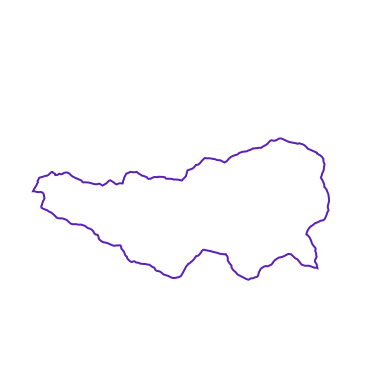 outline of Mewang, Thimphu, Bhutan, rotated 294°
{"feature_id": "84629894B72045307811039", "entity_name": "Mewang", "entity_type": "district", "adm_level": 2, "iso_a3": "BTN", "parent_name": "Bhutan", "parent_adm1": "Thimphu", "projection": "mercator", "projection_center": [89.55, 27.441], "detail": "fine", "context": "isolated", "style": "outline", "palette": "violet", "viewbox_px": 384, "rotation_deg": 294, "n_neighbors": 0, "source": "geoboundaries", "source_scale": "gbopen_adm2", "svg_char_len": 6085}
<svg xmlns="http://www.w3.org/2000/svg" viewBox="0 0 384 384"><g transform="rotate(294 192 192)"><path d="M192.3,155.1L191.8,155.0L191.0,153.1L190.4,151.5L188.9,150.0L187.6,149.1L187.0,148.0L186.2,146.9L186.8,145.1L187.1,144.8L187.1,143.3L187.0,141.6L186.6,139.7L186.9,138.4L187.0,136.9L187.5,134.5L187.9,133.2L187.6,132.8L187.0,132.1L186.3,130.7L185.5,128.0L185.2,127.3L184.0,126.5L183.1,125.6L182.2,124.6L181.5,124.4L179.7,124.4L177.4,124.2L176.1,124.6L173.9,124.6L172.7,125.0L171.7,125.2L171.3,124.4L170.7,122.5L169.3,121.0L168.2,119.9L168.4,118.4L168.9,116.6L169.2,114.7L169.5,112.7L168.5,111.6L164.9,110.1L161.5,107.7L161.9,104.5L161.7,103.5L160.6,102.3L160.2,101.5L159.5,99.6L158.7,94.1L158.1,92.3L157.3,90.1L156.5,88.8L156.7,87.6L157.5,86.4L157.5,82.0L157.4,79.7L157.5,78.6L157.6,76.5L158.1,74.7L158.5,73.5L159.0,72.6L159.0,69.9L158.5,68.8L157.1,67.0L155.6,66.2L154.9,65.0L154.8,63.4L153.0,62.2L151.9,60.3L152.1,59.8L152.9,59.4L153.0,58.7L153.0,57.6L153.3,57.0L153.5,56.5L153.4,55.9L152.9,55.4L151.6,54.9L150.7,54.5L150.3,54.3L149.3,53.9L148.8,53.6L148.0,53.0L147.7,52.5L146.7,51.0L146.3,50.6L145.3,49.6L143.4,47.2L142.9,46.7L141.8,46.6L141.1,46.7L140.0,46.5L139.2,46.5L138.4,47.1L138.0,47.4L137.0,47.1L134.8,47.2L130.5,46.5L128.0,46.5L128.6,47.8L128.9,50.0L129.6,52.3L130.4,53.4L130.7,55.6L129.7,57.5L127.6,58.8L126.0,59.9L124.7,59.9L123.3,59.6L120.2,60.0L118.8,60.2L117.9,60.0L116.4,60.9L116.2,63.3L116.4,67.4L116.0,68.8L115.9,72.3L114.8,75.8L113.6,78.6L113.7,80.8L114.3,82.4L115.2,84.5L115.5,88.1L115.5,89.0L114.7,91.1L113.8,94.0L113.9,95.7L115.6,99.6L116.0,101.6L117.1,103.8L117.5,107.2L117.3,109.0L116.7,111.1L116.8,112.6L117.0,114.2L116.7,116.0L116.0,117.8L115.3,118.6L114.2,120.1L114.1,121.9L114.5,123.2L113.9,123.9L112.6,125.2L111.9,125.5L111.5,125.8L111.1,126.4L110.9,126.7L110.8,127.1L110.1,129.8L110.1,130.2L110.0,130.8L110.3,132.4L110.7,134.0L110.8,135.0L111.0,137.1L110.9,139.0L111.0,141.3L111.2,142.7L111.7,143.7L112.4,144.7L112.7,145.3L112.9,145.6L113.4,146.6L113.5,147.0L113.9,147.9L114.1,148.4L113.8,148.8L113.6,149.0L113.3,149.5L112.7,149.8L111.8,150.3L111.5,150.6L110.7,152.4L109.8,154.0L109.4,154.6L108.3,155.5L107.6,156.2L107.1,156.8L106.7,157.6L106.5,158.5L106.3,158.9L105.7,159.4L105.2,159.8L104.7,160.5L103.8,162.7L103.5,164.1L103.4,165.0L103.6,165.5L104.1,166.1L104.5,166.4L104.8,166.7L105.1,167.2L105.3,167.9L105.1,168.8L104.9,169.3L104.9,169.8L105.5,171.5L105.6,172.8L105.6,173.4L105.5,173.9L105.7,174.3L106.2,176.0L106.9,177.8L107.3,178.7L107.4,179.5L107.6,181.0L107.9,181.7L108.2,182.3L108.2,182.8L108.0,183.7L107.8,184.8L107.6,185.3L107.5,186.0L107.4,186.9L107.6,187.6L107.4,188.6L107.0,189.1L106.3,189.8L105.9,190.4L105.8,190.9L105.7,191.6L105.6,192.3L105.8,192.8L106.2,193.9L106.2,195.3L106.0,196.6L105.7,197.7L105.2,199.1L105.1,199.8L105.3,201.7L105.6,204.0L105.7,204.8L105.4,206.9L105.6,208.8L105.7,209.6L106.3,211.0L107.7,213.0L109.2,214.9L110.1,215.6L110.6,216.0L111.6,216.2L114.5,216.5L118.1,216.8L121.3,216.9L123.9,217.7L124.7,217.7L125.6,218.6L129.9,220.6L131.4,221.2L133.9,221.6L134.9,221.8L136.1,223.3L137.2,223.9L138.9,224.4L140.3,224.9L141.4,224.9L142.3,225.0L143.5,225.5L144.4,227.1L144.5,228.5L145.2,231.7L145.5,232.6L145.8,235.2L146.7,239.8L146.9,242.5L147.8,245.5L148.2,246.9L149.0,248.1L148.3,248.9L147.6,250.5L146.6,251.3L145.8,251.8L144.4,252.3L143.6,252.9L143.3,253.6L142.1,255.3L141.4,256.9L140.7,258.1L139.1,258.8L137.7,261.0L136.9,263.1L136.5,264.6L135.2,267.1L135.0,269.6L134.9,272.6L134.7,275.5L134.6,277.1L134.7,278.5L135.0,279.5L135.9,280.1L137.2,281.1L138.0,282.8L139.2,283.7L140.7,285.6L141.8,286.3L143.2,286.3L145.5,285.8L147.9,285.9L149.9,286.1L151.7,287.1L153.3,288.3L154.4,289.6L154.6,290.4L154.9,291.5L157.0,293.1L157.9,294.0L159.8,294.6L161.2,294.7L163.5,295.5L165.8,296.9L167.4,298.0L169.3,300.7L171.3,302.6L172.7,303.6L174.7,305.3L175.4,307.8L174.3,311.0L173.5,313.2L173.4,315.6L171.9,318.7L170.7,320.6L170.3,321.9L170.4,323.8L170.5,324.9L172.2,328.8L172.5,331.9L172.6,334.6L173.5,336.7L173.5,337.5L176.0,335.7L176.9,334.9L178.6,332.5L179.7,332.1L183.0,332.3L183.9,332.0L184.2,331.6L185.0,331.1L186.1,330.5L187.3,329.6L188.1,328.7L188.9,328.3L189.6,328.3L190.5,328.0L191.3,327.1L192.0,325.5L192.7,324.1L193.8,322.6L194.9,321.5L196.6,320.0L198.3,317.9L198.9,316.7L199.5,315.5L199.7,313.8L202.1,313.3L204.9,313.4L208.0,314.0L211.7,316.3L213.7,317.2L215.2,318.9L216.5,320.0L218.1,321.1L218.8,322.5L220.2,323.8L221.8,324.3L223.7,324.3L225.9,324.2L228.3,323.9L230.6,324.2L231.6,323.6L232.4,322.9L233.4,322.2L234.3,321.8L238.5,321.1L240.0,320.7L240.4,320.5L242.3,319.4L245.3,317.6L247.8,315.0L249.0,313.8L250.0,312.0L250.5,310.8L252.7,309.7L253.0,309.4L254.1,308.3L255.8,306.4L257.4,303.9L259.6,303.8L260.8,303.6L261.9,303.4L262.7,303.4L264.0,303.5L264.9,303.5L266.4,303.2L268.2,302.5L271.1,301.9L273.1,299.9L275.0,298.8L275.5,298.6L275.8,298.5L277.1,296.1L277.6,294.2L277.9,290.9L278.2,290.2L278.7,290.1L278.7,281.7L278.5,280.7L279.1,279.3L279.9,277.6L280.6,274.9L280.5,273.3L280.1,270.0L279.4,269.4L278.9,268.6L278.9,267.5L278.0,264.0L277.3,260.6L277.1,257.7L277.2,256.4L277.3,252.6L277.1,251.8L276.8,250.8L275.9,249.4L274.3,248.5L272.7,247.0L271.9,245.5L271.7,243.7L270.5,242.6L268.7,241.9L266.9,241.4L265.2,240.5L264.4,239.9L262.0,238.0L260.6,237.4L259.7,235.4L256.6,230.3L256.6,229.9L255.3,229.1L254.8,228.6L254.0,227.9L253.4,227.2L252.7,226.4L251.5,225.6L249.8,222.7L249.3,221.9L249.1,221.5L248.7,221.2L248.3,220.8L247.1,219.4L244.8,218.3L241.9,214.9L239.5,213.1L237.1,212.0L236.1,211.7L235.0,211.5L234.1,211.1L232.2,209.7L232.4,206.8L232.5,204.9L231.5,202.3L231.4,201.8L231.3,199.3L230.7,197.4L229.9,194.0L229.1,192.5L228.8,192.0L228.4,190.0L227.3,189.4L225.3,188.6L224.4,188.3L221.7,187.6L219.7,186.7L218.2,184.5L216.7,184.2L216.2,184.0L215.5,183.8L214.1,183.3L212.7,181.9L211.1,180.4L210.2,179.3L209.9,179.1L208.5,179.3L207.1,179.6L205.7,179.7L204.0,180.0L203.5,179.9L200.4,178.7L198.3,178.0L198.0,175.7L197.2,173.1L196.5,171.2L196.0,170.5L195.8,168.4L195.3,166.9L194.7,165.4L193.9,163.8L193.7,162.6L194.4,161.2L193.7,158.6L193.0,157.0L192.3,155.1Z" fill="none" stroke="#5b21b6" stroke-width="2"/></g></svg>